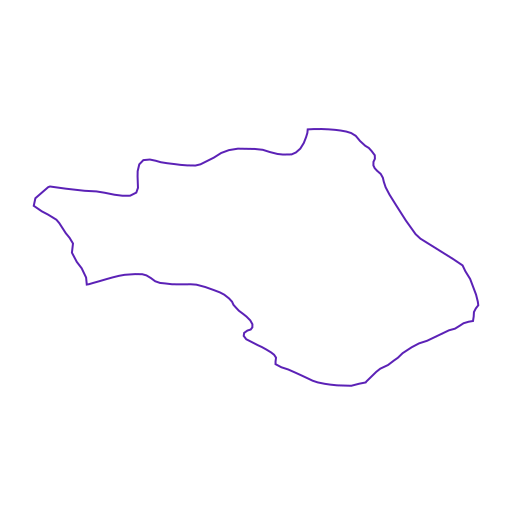 outline of Boumi-Louetsi, Ngounié, Gabon, rotated 91°
{"feature_id": "22940354B74910664495270", "entity_name": "Boumi-Louetsi", "entity_type": "district", "adm_level": 2, "iso_a3": "GAB", "parent_name": "Gabon", "parent_adm1": "Ngounié", "projection": "equal_earth", "projection_center": [11.888, -2.012], "detail": "fine", "context": "isolated", "style": "outline", "palette": "violet", "viewbox_px": 512, "rotation_deg": 91, "n_neighbors": 0, "source": "geoboundaries", "source_scale": "gbopen_adm2", "svg_char_len": 2216}
<svg xmlns="http://www.w3.org/2000/svg" viewBox="0 0 512 512"><g transform="rotate(91 256 256)"><path d="M317.2,37.9L312.9,37.3L308.2,37.1L304.6,35.3L304.3,35.1L301.4,32.9L297.9,33.4L290.8,35.3L284.5,37.8L275.2,41.5L267.6,46.4L261.8,49.3L255.7,58.7L235.8,91.9L231.4,96.8L217.9,106.8L202.5,117.0L192.3,123.6L185.0,127.6L179.6,129.5L175.6,130.5L171.8,132.7L168.8,136.3L166.2,138.8L163.4,140.2L159.8,140.2L156.7,138.8L153.2,139.0L149.1,142.2L146.0,145.1L143.9,148.7L139.2,154.0L134.2,158.3L131.4,163.0L130.0,167.9L129.1,173.4L128.5,178.9L128.1,185.4L127.9,192.7L128.1,200.6L128.5,206.5L132.1,206.8L136.3,208.0L142.2,210.2L147.9,213.6L151.8,217.9L153.8,222.2L154.1,230.8L153.6,236.3L151.8,244.0L149.7,251.1L149.0,259.1L149.0,267.4L149.0,276.0L150.6,284.9L153.6,292.6L158.4,299.9L165.3,313.1L166.6,318.1L166.6,326.4L166.2,333.1L165.5,339.3L164.8,346.3L163.9,352.8L162.5,358.0L161.4,363.8L162.1,370.3L166.4,374.3L173.2,375.8L178.5,375.8L184.4,375.5L189.9,375.2L194.7,376.8L197.9,382.9L198.1,390.3L197.2,398.6L195.4,408.4L194.2,416.7L193.8,428.4L192.0,447.4L190.1,463.2L190.8,465.0L202.1,477.6L209.7,479.1L215.1,470.9L218.2,464.7L223.2,456.2L226.5,453.3L236.5,446.6L241.1,442.7L246.7,439.2L255.9,440.1L265.0,435.1L271.3,430.1L280.5,425.5L287.5,424.7L287.1,422.5L285.7,418.1L284.0,412.4L281.6,404.7L279.9,399.0L278.2,392.6L277.1,387.0L276.2,376.4L276.2,369.4L277.3,365.2L279.9,360.7L283.0,356.4L284.6,351.5L285.0,346.5L285.7,339.7L285.7,334.0L285.6,327.3L285.4,320.8L285.7,315.1L287.9,306.2L290.8,297.6L293.0,291.5L295.2,287.1L298.9,282.2L302.2,279.1L305.2,277.7L307.8,275.3L311.0,272.2L314.1,267.9L316.7,264.5L320.5,260.6L324.3,258.4L327.4,258.4L329.6,260.0L330.7,263.3L333.1,266.5L336.1,266.9L339.4,264.3L341.7,259.6L345.2,252.5L346.9,248.6L349.3,244.1L352.1,239.3L354.4,236.2L357.3,234.2L361.0,234.6L363.8,234.6L366.8,228.7L368.9,221.8L372.2,214.0L374.6,208.5L377.6,201.8L379.7,197.2L381.3,192.1L382.6,185.0L383.3,179.5L383.9,172.7L384.1,158.5L381.9,150.6L380.5,144.1L379.6,143.5L369.7,133.7L366.5,129.8L362.7,122.1L358.2,116.4L355.3,112.4L350.6,107.7L344.5,98.7L340.5,91.4L337.8,83.5L332.8,73.5L326.9,61.7L325.2,55.8L322.3,51.3L319.6,47.3L318.0,42.2L317.2,37.9Z" fill="none" stroke="#5b21b6" stroke-width="2"/></g></svg>